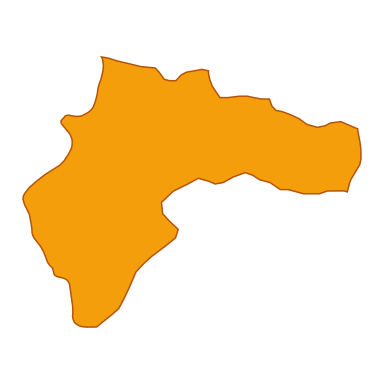 outline of Phungso, Ryanggang, North Korea
{"feature_id": "82179303B38580271965004", "entity_name": "Phungso", "entity_type": "district", "adm_level": 2, "iso_a3": "PRK", "parent_name": "North Korea", "parent_adm1": "Ryanggang", "projection": "equal_earth", "projection_center": [127.952, 40.858], "detail": "fine", "context": "isolated", "style": "filled", "palette": "amber", "viewbox_px": 384, "rotation_deg": 0, "n_neighbors": 0, "source": "geoboundaries", "source_scale": "gbopen_adm2", "svg_char_len": 1792}
<svg xmlns="http://www.w3.org/2000/svg" viewBox="0 0 384 384"><path d="M357.7,128.9L347.3,124.4L340.8,121.6L330.4,123.0L325.1,125.8L317.3,127.3L306.9,124.4L299.2,118.8L290.1,114.5L282.3,111.7L275.8,110.3L271.9,106.1L269.4,99.0L261.6,99.0L253.8,97.6L247.3,96.2L239.5,96.2L227.8,97.6L223.9,97.6L220.0,97.6L216.1,92.0L212.3,86.3L209.7,79.3L208.5,73.6L208.5,70.8L202.0,69.4L194.2,70.8L186.4,72.2L181.1,75.0L175.9,80.7L169.4,80.7L164.2,79.3L159.1,72.2L155.2,68.0L140.9,66.6L129.2,63.8L117.5,61.0L108.5,58.2L101.4,56.9L102.6,59.4L103.4,65.2L103.0,70.8L101.1,78.7L99.2,83.9L97.9,88.8L97.2,94.3L95.3,101.6L93.2,107.1L91.4,109.6L88.9,111.9L86.4,113.5L81.3,116.0L76.0,116.5L68.3,115.1L65.4,115.8L61.2,120.6L61.0,121.3L61.3,123.5L69.9,134.1L71.2,137.2L72.1,139.8L72.2,143.3L71.9,146.4L71.1,149.1L68.1,154.7L64.2,160.7L59.6,165.3L45.0,174.6L36.9,180.9L29.2,187.6L24.9,193.2L23.4,196.0L23.0,199.3L24.6,204.7L29.3,214.2L31.0,222.8L31.9,229.0L32.0,232.2L32.6,235.0L34.2,238.2L40.5,246.3L43.5,251.6L47.7,262.5L49.6,265.2L52.5,268.1L54.3,274.7L56.9,276.6L63.1,278.0L66.4,279.5L68.7,282.3L69.6,284.7L72.6,306.0L72.9,312.6L72.5,316.2L73.1,319.3L74.5,322.5L77.1,324.6L79.7,326.0L82.5,326.7L85.9,327.1L96.6,327.0L101.5,323.0L112.0,314.5L118.6,308.8L123.9,298.9L129.3,287.5L136.0,271.9L143.9,263.4L151.8,256.3L165.0,246.4L175.5,237.9L178.2,229.4L169.2,220.9L162.7,213.8L161.5,202.4L173.4,191.1L187.8,184.0L198.3,178.3L208.7,181.2L215.2,184.0L223.0,182.6L233.5,176.9L245.3,172.6L253.0,175.4L259.5,179.7L269.9,182.5L280.3,189.6L288.1,189.6L293.3,191.0L303.7,193.8L311.5,193.8L319.3,193.8L327.2,191.0L332.4,191.0L336.3,190.9L340.2,190.9L344.1,190.9L347.3,191.9L349.9,181.9L351.0,179.3L359.7,164.8L361.0,158.7L360.8,148.6L360.0,142.4L357.8,130.6L357.7,128.9Z" fill="#f59e0b" stroke="#b45309" stroke-width="1.5"/></svg>